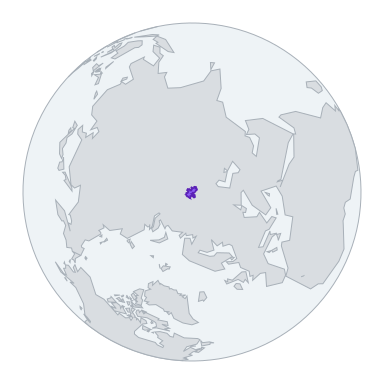 the Earth from above Chelyabinsk, rotated 216°
{"feature_id": "RUS-2379", "entity_name": "Chelyabinsk", "entity_type": "Region", "adm_level": 1, "iso_a3": "RUS", "parent_name": "Russia", "parent_adm1": "", "projection": "orthographic", "projection_center": [60.252, 54.184], "detail": "fine", "context": "on_globe", "style": "filled", "palette": "violet", "viewbox_px": 384, "rotation_deg": 216, "n_neighbors": 0, "source": "natural_earth", "source_scale": "10m", "svg_char_len": 14342}
<svg xmlns="http://www.w3.org/2000/svg" viewBox="0 0 384 384"><g transform="rotate(216 192 192)"><circle cx="192" cy="192" r="169" fill="#eef3f6" stroke="#a8b0b8"/><path d="M195.9,23.1L202.4,23.9L201.7,27.3L197.7,26.4L198.0,27.6L203.0,29.0L206.3,29.6L214.1,37.9L229.8,46.4L237.9,47.5L233.7,48.8L251.1,50.2L261.6,55.2L247.8,50.6L244.8,51.1L251.0,54.8L249.4,56.1L251.4,58.7L248.9,60.1L241.0,57.6L239.2,58.5L243.7,61.2L244.0,64.4L237.7,60.3L237.6,65.6L224.4,63.3L209.5,52.5L200.2,53.5L179.7,49.0L179.7,51.1L171.8,51.1L168.8,53.6L165.9,52.3L166.0,55.5L169.3,56.2L170.4,57.9L168.9,59.5L164.9,58.1L165.1,57.0L163.1,57.5L161.8,56.1L161.6,57.7L156.9,56.0L159.3,60.2L153.7,60.9L151.2,59.1L154.4,56.1L156.6,45.5L155.1,43.3L149.7,42.9L133.3,48.7L130.3,47.9L124.2,49.0L124.4,50.8L129.3,50.6L128.2,54.4L134.3,54.1L134.8,55.7L139.8,56.9L135.9,60.2L129.2,63.0L124.8,62.3L121.8,63.6L123.4,67.4L112.6,69.4L101.2,76.8L98.8,77.2L98.7,71.8L105.3,63.7L105.2,58.0L102.0,65.4L96.0,66.6L93.6,68.5L92.0,70.8L93.0,71.9L90.3,73.2L92.4,66.1L95.0,64.7L94.3,66.9L97.3,63.2L98.7,58.9L95.6,60.2L101.1,53.3L98.9,54.3L98.9,53.5L102.0,52.4L96.5,54.4L102.4,48.8L99.9,50.4L110.7,43.9L122.0,38.2L133.8,33.4L145.8,29.5L158.1,26.5L170.6,24.4L183.2,23.3L195.9,23.1ZM208.0,29.7L203.3,28.9L199.3,27.4L203.4,27.9L208.0,29.7ZM215.3,33.6L212.6,33.3L212.5,31.6L214.1,32.2L215.3,33.6ZM244.0,48.2L240.5,46.5L244.5,47.8L244.0,48.2ZM252.2,58.9L253.7,59.0L254.1,60.4L252.2,58.9ZM141.7,55.0L140.8,55.9L140.3,55.2L141.7,55.0ZM144.8,54.7L144.9,53.3L146.3,52.9L146.2,53.8L144.8,54.7ZM250.6,63.7L250.8,66.0L249.2,63.2L250.6,63.7ZM144.3,56.6L148.9,52.5L151.5,52.0L153.3,55.1L144.3,56.6ZM250.0,67.1L250.6,73.0L254.0,73.7L244.7,75.3L247.3,69.6L244.8,66.0L247.9,67.6L250.0,67.1ZM170.9,55.7L167.4,55.0L171.7,54.1L170.9,55.7ZM173.4,54.8L185.1,50.2L189.6,52.2L184.8,53.2L191.7,54.9L188.1,58.1L183.5,57.9L181.3,55.9L181.7,58.7L173.4,54.8ZM239.4,75.4L238.3,76.6L237.9,74.9L239.4,75.4ZM171.2,58.5L173.2,57.3L177.2,58.9L174.0,61.6L173.7,60.2L171.2,58.5ZM195.2,53.8L197.7,55.6L195.5,58.7L196.1,59.9L188.4,58.3L195.2,53.8ZM172.1,60.7L172.3,63.0L169.1,63.8L169.6,59.8L172.1,60.7ZM179.6,58.2L181.3,59.2L179.3,59.5L179.6,58.2ZM157.7,68.2L159.9,66.5L162.2,67.2L157.7,68.2ZM172.6,63.9L173.7,63.6L174.9,63.7L174.4,65.4L172.6,63.9ZM187.4,60.7L186.0,61.7L190.5,61.5L189.0,63.9L184.1,62.5L185.6,64.2L185.2,64.9L181.7,63.0L187.4,60.7ZM177.3,67.6L170.7,66.9L166.0,69.8L163.8,69.2L171.7,64.7L177.3,67.6ZM180.2,65.0L177.9,66.4L176.4,64.9L177.0,63.0L180.2,65.0ZM189.8,66.2L193.3,62.7L194.2,63.2L189.8,66.2ZM176.3,68.7L177.9,68.8L176.1,69.1L176.3,68.7ZM186.0,67.2L187.1,65.9L188.1,66.4L186.0,67.2ZM180.3,70.3L178.1,70.0L178.4,68.7L180.3,70.3ZM183.1,69.1L184.3,70.2L179.8,68.4L183.4,68.4L183.1,69.1ZM186.8,67.9L187.7,67.8L186.2,68.4L186.8,67.9ZM180.2,75.8L174.5,73.8L175.3,70.7L180.7,73.0L180.2,75.8ZM85.4,323.1L70.6,307.1L71.9,304.7L69.8,299.1L59.9,279.3L61.9,273.8L59.8,268.3L55.1,264.3L52.9,257.5L50.3,254.3L35.5,235.2L32.5,222.3L32.2,194.7L35.9,191.9L39.1,183.3L66.6,179.1L69.6,186.9L88.0,200.9L89.8,204.3L84.6,210.3L95.9,231.2L103.2,228.2L116.6,241.7L127.4,246.3L136.7,233.3L119.0,225.6L118.9,216.8L135.5,216.7L151.5,223.6L152.0,220.4L144.4,210.2L150.7,206.1L142.1,206.2L143.7,210.3L138.3,210.6L136.6,206.9L138.9,205.5L134.8,202.1L125.0,210.1L125.5,215.2L113.3,210.9L113.0,219.1L108.7,220.5L107.7,207.2L109.7,203.7L105.6,186.3L102.3,189.5L106.0,206.3L103.7,203.6L99.2,208.6L100.8,202.8L97.7,184.0L88.3,178.8L71.9,183.9L67.4,179.7L65.7,171.7L76.2,159.4L85.1,170.1L88.9,166.3L91.0,156.2L93.6,160.5L95.5,157.8L99.2,161.5L108.3,159.5L112.7,162.5L120.0,155.1L123.2,155.7L118.0,159.8L116.7,164.5L128.0,172.1L131.3,171.6L135.1,166.3L137.8,169.3L140.0,163.2L148.4,164.9L140.1,157.9L144.3,152.0L151.4,149.6L151.3,146.5L139.8,150.4L136.6,153.2L136.2,157.5L126.1,164.5L121.4,163.5L126.4,151.7L120.2,149.0L126.8,141.4L153.7,134.8L163.1,135.8L170.7,150.3L166.4,153.4L161.5,149.6L162.6,158.7L164.2,155.3L166.4,157.9L171.0,153.3L172.8,155.0L174.2,147.9L176.9,149.4L175.9,153.9L185.1,148.9L191.7,150.9L192.9,149.0L192.3,146.4L201.1,150.9L201.6,149.3L198.9,147.2L198.2,142.8L200.3,136.8L203.2,138.7L202.8,141.1L206.4,149.1L205.0,155.5L206.4,155.7L208.3,150.6L204.0,140.8L204.4,136.7L207.1,141.0L206.2,139.1L207.3,137.7L211.2,138.1L208.5,133.3L217.1,116.4L225.4,115.9L226.8,121.3L235.9,112.5L244.6,113.3L242.1,111.3L244.8,106.1L242.1,105.7L241.1,104.4L246.7,91.8L250.3,90.5L249.9,83.4L248.7,82.4L246.0,82.9L244.7,75.3L254.0,73.7L256.5,75.9L260.7,73.6L265.6,79.1L271.6,82.9L274.5,90.7L279.1,93.2L280.2,92.1L287.2,94.9L297.6,105.3L284.1,101.9L267.5,88.7L273.9,94.4L270.9,94.7L272.3,97.8L276.9,101.8L278.4,101.3L278.1,117.1L286.2,131.9L289.3,126.2L294.2,126.8L306.2,140.2L311.8,169.4L318.5,171.7L320.9,175.6L319.6,181.7L316.0,176.1L312.0,177.5L310.1,173.6L306.8,181.9L304.0,176.8L302.8,186.1L306.6,188.5L310.5,182.8L310.6,193.5L318.5,195.4L322.7,203.0L320.6,225.0L313.4,237.0L313.7,239.9L309.1,240.1L305.7,248.8L316.2,256.3L316.8,260.1L309.9,273.2L309.3,270.7L297.3,271.4L296.9,281.3L306.1,282.7L309.3,288.3L303.0,290.3L299.5,285.4L295.3,285.4L295.1,277.5L289.1,268.0L282.7,273.9L281.9,268.9L272.6,261.8L262.7,269.6L247.8,288.7L247.8,301.2L241.7,307.9L229.3,292.9L225.7,280.6L220.0,282.7L208.3,272.6L184.4,272.3L182.1,268.6L177.4,270.0L169.3,265.5L166.3,259.0L160.9,258.6L169.3,275.5L175.2,275.9L181.7,270.5L182.8,276.1L190.8,281.2L178.0,293.1L144.4,298.4L143.1,288.5L127.5,254.5L129.1,251.5L129.1,251.1L129.0,250.3L125.6,254.9L123.6,247.9L129.8,271.6L130.0,280.2L143.9,298.8L142.2,299.8L147.2,303.8L165.7,303.7L165.4,306.7L155.5,318.1L131.5,327.5L135.8,337.1L136.0,343.0L123.6,341.9L127.3,345.9L121.3,344.2L122.6,345.6L119.3,344.5L117.9,343.8L106.5,337.8L95.7,330.8L85.4,323.1ZM53.9,187.5L52.4,189.7L52.4,189.8L53.9,187.5ZM166.3,238.3L177.2,240.7L175.7,230.0L179.7,230.2L177.7,226.6L175.5,229.3L171.2,219.6L177.1,217.5L177.5,212.8L173.9,211.8L163.8,217.4L169.9,231.1L166.0,234.7L166.3,238.3ZM95.8,67.0L95.6,67.6L93.6,70.0L93.7,68.9L95.8,67.0ZM89.8,81.0L85.5,82.9L88.6,80.6L87.9,79.3L93.6,73.2L97.8,77.0L94.9,76.3L89.8,81.0ZM102.3,66.5L98.3,69.7L102.6,66.0L102.3,66.5ZM102.6,140.4L102.5,143.9L99.2,145.9L93.7,142.9L98.4,139.8L102.6,140.4ZM103.3,148.4L109.8,138.0L113.5,139.7L110.3,140.4L112.1,142.6L107.5,144.4L104.7,156.6L101.6,159.2L93.1,151.7L97.6,152.6L97.3,149.1L103.3,148.4ZM119.7,111.0L122.5,107.3L126.9,115.7L123.7,118.3L118.0,115.3L118.4,110.5L119.7,111.0ZM146.5,63.2L147.4,61.8L148.5,62.1L148.7,63.6L146.5,63.2ZM158.5,67.3L144.2,70.1L144.4,68.5L135.8,72.5L132.9,69.9L138.6,67.3L130.0,68.5L133.9,65.2L128.0,66.5L141.0,61.1L144.2,58.4L141.7,62.4L144.2,64.8L146.3,65.0L154.5,63.8L162.8,59.5L166.6,61.5L167.1,64.0L165.7,65.3L163.7,63.6L163.3,66.6L159.3,65.1L158.5,67.3ZM170.9,96.6L169.1,93.3L167.6,100.5L163.6,98.5L163.7,99.5L159.5,99.7L154.7,101.7L153.3,100.3L152.0,101.7L149.3,102.0L147.0,103.5L143.7,101.5L140.7,103.3L140.9,101.4L136.6,105.0L138.3,101.5L134.9,101.7L135.0,105.0L122.9,92.1L116.5,89.9L110.1,90.2L114.0,84.5L122.4,80.7L132.3,79.1L137.9,82.2L138.6,79.2L141.5,79.9L139.8,81.9L144.2,79.2L146.2,80.4L155.0,79.7L160.3,75.4L163.6,75.2L162.5,77.5L166.6,75.7L166.8,80.0L169.2,80.0L171.8,84.4L168.3,89.1L171.3,88.8L173.4,92.3L170.9,96.6ZM180.8,77.1L177.5,82.8L173.6,84.6L170.7,76.2L168.5,75.6L166.5,70.6L172.1,68.2L172.1,69.8L173.5,70.8L171.2,71.2L174.1,71.7L174.2,74.0L176.5,75.1L174.8,76.6L180.8,77.1ZM93.7,203.5L95.5,205.3L98.6,207.3L95.9,210.6L93.7,203.5ZM91.3,190.8L93.2,191.7L90.8,197.0L89.0,195.2L91.3,190.8ZM96.2,187.8L93.4,191.3L93.9,188.4L96.2,187.8ZM119.9,160.4L122.1,161.2L121.6,162.6L119.4,163.9L119.9,160.4ZM165.6,118.6L165.2,116.1L166.4,115.8L168.8,110.6L172.0,111.9L171.8,115.4L165.6,118.6ZM132.5,234.7L128.3,236.2L127.1,234.1L128.8,234.0L132.5,234.7ZM110.3,223.7L114.4,228.2L109.5,224.5L110.3,223.7ZM169.5,119.0L170.2,116.7L171.3,118.8L169.5,119.0ZM174.4,112.5L176.2,114.5L172.7,111.4L174.4,112.5ZM164.3,348.2L157.1,354.7L149.2,353.0L146.2,350.6L147.8,346.2L156.5,346.3L160.3,344.1L164.3,348.2ZM334.4,278.6L336.9,275.5L336.7,276.0L334.4,278.6ZM331.9,280.7L335.0,277.0L331.1,282.2L331.9,280.7ZM336.1,275.5L339.2,270.7L340.6,268.2L340.2,269.4L336.1,275.5ZM329.7,283.3L316.5,296.2L310.9,299.8L312.5,297.2L321.6,289.7L329.7,283.3ZM312.0,297.5L303.0,299.9L288.6,294.2L293.8,291.6L308.5,291.1L307.6,293.1L313.1,292.6L312.0,297.5ZM332.5,270.5L331.6,275.6L324.6,282.5L321.2,285.1L318.9,281.7L320.2,277.6L323.1,275.1L332.5,254.4L336.1,253.1L333.6,260.8L336.4,261.5L332.5,270.5ZM248.7,302.1L253.2,307.6L249.7,309.7L248.7,302.1ZM335.0,242.4L332.1,251.6L334.4,241.2L335.0,242.4ZM335.6,233.8L336.4,236.0L334.4,235.5L335.6,233.8ZM314.8,243.6L311.8,246.9L311.2,245.1L314.5,239.9L314.8,243.6ZM325.9,209.3L328.1,215.1L328.4,217.6L325.9,215.6L325.9,209.3ZM197.5,128.3L190.6,133.8L187.7,139.1L189.4,143.9L184.0,139.8L188.5,131.6L197.5,128.3ZM214.3,117.5L212.8,113.7L215.4,114.0L216.1,114.9L214.3,117.5ZM212.1,116.2L206.6,114.2L207.0,111.2L211.2,113.3L212.1,116.2ZM187.9,116.3L185.6,117.8L184.7,116.1L187.9,116.3ZM317.0,305.7L317.5,305.1L328.3,291.8L317.0,305.7ZM331.4,287.5L341.0,271.5L344.0,265.8L338.1,276.9L331.4,287.5ZM346.6,260.2L349.8,252.4L351.0,249.2L346.6,260.2ZM340.4,270.4L344.3,262.3L346.0,259.2L340.4,270.4ZM355.4,234.8L355.1,236.1L356.2,231.9L356.3,230.4L352.9,239.7L352.3,239.7L353.8,234.8L351.0,239.9L354.2,231.7L355.1,232.7L356.7,225.3L358.6,218.5L359.8,212.2L355.4,234.8ZM353.4,240.4L353.8,239.2L353.2,241.5L353.4,240.4ZM347.0,251.4L346.8,252.8L345.8,253.7L347.0,251.4ZM348.3,248.4L351.0,244.1L348.0,249.9L348.3,248.4ZM338.2,260.2L339.3,261.5L342.7,255.1L340.1,261.1L341.9,262.2L341.0,264.9L339.2,263.5L337.9,269.3L336.4,271.3L335.9,268.3L337.7,261.1L339.2,256.9L345.1,247.5L338.2,260.2ZM348.5,245.2L347.7,243.5L348.2,240.2L349.1,240.4L348.5,245.2ZM344.6,239.7L341.6,239.4L339.6,244.1L343.1,232.0L345.5,234.3L344.6,239.7ZM341.1,234.0L339.2,238.5L340.7,232.0L341.1,234.0ZM338.4,237.9L337.5,235.3L339.3,233.4L338.4,237.9ZM342.2,232.6L341.4,227.1L342.9,228.8L342.2,232.6ZM335.0,229.8L340.0,229.5L334.6,234.1L331.4,224.7L333.5,221.7L335.0,229.8ZM327.8,172.7L325.6,170.4L326.7,167.0L327.9,169.6L327.8,172.7ZM328.1,154.5L326.2,165.4L324.4,174.4L326.3,173.9L328.4,180.4L324.0,178.5L323.2,168.5L325.1,162.6L322.7,157.6L322.4,151.1L318.3,146.4L317.3,142.5L321.6,145.0L328.1,154.5ZM316.4,144.7L309.1,135.2L312.3,131.3L314.6,132.4L316.6,138.4L314.8,140.1L316.4,144.7ZM308.3,131.9L306.4,133.5L291.8,124.9L289.6,122.2L302.4,126.2L301.3,128.0L304.3,131.0L308.3,131.9ZM240.1,77.3L238.5,76.7L240.2,76.3L240.1,77.3ZM239.6,104.3L238.5,102.5L240.5,101.9L239.6,104.3ZM236.6,97.1L235.1,98.9L235.5,96.2L236.6,97.1ZM232.0,103.4L234.0,99.3L233.8,104.4L232.0,103.4Z" fill="#d9dde1" stroke="#a8b0b8" stroke-width="1"/><path d="M197.3,191.9L197.1,191.9L196.9,192.0L197.0,192.1L196.9,192.2L196.7,192.2L196.4,192.2L196.1,192.3L196.0,192.6L196.0,192.8L195.7,192.7L195.8,192.5L195.8,192.4L195.7,192.4L195.0,192.5L194.8,192.7L194.7,192.7L194.4,192.5L194.1,192.5L194.0,192.4L193.9,192.3L193.7,192.5L193.7,192.8L193.6,192.7L193.4,192.7L193.3,192.8L193.5,193.0L193.5,193.3L193.4,193.4L193.4,193.6L193.1,193.5L193.5,193.7L193.6,193.8L193.8,193.9L194.2,193.7L194.2,193.8L194.3,194.0L194.0,194.2L193.9,194.2L193.7,194.0L193.6,194.4L193.6,194.5L194.0,194.7L194.2,194.9L194.5,194.8L194.7,195.0L195.2,195.1L195.3,195.3L195.3,195.5L195.2,195.6L194.8,195.5L194.5,195.5L194.4,195.6L194.1,195.4L193.9,195.5L193.7,195.4L193.6,195.5L193.3,195.6L193.1,196.0L192.8,196.3L192.8,196.5L193.0,196.6L193.0,196.9L193.2,197.0L193.3,197.2L193.4,197.4L193.2,197.7L193.0,197.8L192.9,197.9L192.8,198.0L192.5,198.0L192.3,198.1L192.2,198.2L191.9,198.5L191.6,198.5L191.5,198.3L191.4,198.2L191.5,197.9L191.8,197.6L191.8,197.4L191.8,197.2L191.4,197.2L191.2,197.0L190.9,197.2L191.0,197.1L190.8,197.1L190.7,197.2L190.2,197.0L190.1,197.5L189.9,197.4L189.7,197.3L189.7,197.2L189.4,197.1L189.3,196.9L189.5,196.8L189.4,196.7L189.3,196.4L189.4,196.1L189.3,195.9L189.4,195.7L189.5,195.6L189.8,195.4L189.6,195.3L189.6,194.9L189.5,194.6L189.6,194.0L189.6,193.9L189.5,193.7L189.6,193.3L189.7,193.1L189.7,192.9L189.7,192.7L189.8,192.6L190.1,192.6L190.3,192.1L190.5,192.0L190.8,192.0L191.0,192.1L191.2,191.8L191.2,191.7L191.1,191.4L191.1,191.2L191.1,190.9L191.3,190.7L191.4,190.4L191.5,190.2L191.4,190.1L191.5,190.0L191.4,190.0L191.2,190.0L190.9,189.9L190.9,190.0L190.7,190.2L190.6,190.3L190.4,190.5L190.0,190.7L189.9,190.7L189.5,190.8L189.4,190.9L189.4,191.0L189.2,191.1L188.8,190.9L188.5,191.0L188.3,191.1L188.1,191.3L187.9,191.2L187.7,191.0L187.7,190.8L187.4,190.6L187.3,190.4L187.1,190.3L187.1,190.2L186.9,190.1L186.7,189.9L186.9,189.6L186.8,189.3L186.7,189.2L186.8,189.1L186.9,188.8L187.0,188.7L187.3,188.5L187.7,188.6L188.1,188.7L188.3,188.7L188.3,188.8L188.5,188.9L188.4,189.0L188.2,189.0L188.3,189.3L188.2,189.4L188.2,189.5L188.2,189.8L188.4,189.7L188.5,189.3L188.4,189.3L188.4,189.2L188.7,189.0L188.8,189.1L188.8,189.3L188.9,189.5L189.1,189.5L189.6,189.5L189.6,189.4L189.5,189.2L189.2,189.2L189.3,189.0L189.5,189.1L189.6,188.9L189.4,188.9L189.5,188.8L189.8,188.8L189.6,188.7L189.8,188.6L189.8,188.8L190.2,188.6L190.2,188.4L190.4,188.2L190.5,188.2L190.9,188.1L191.0,187.9L190.7,187.9L190.6,187.7L190.4,187.9L190.5,187.7L190.4,187.5L190.4,187.3L190.2,187.3L190.2,187.2L190.3,187.1L190.2,187.0L190.3,186.9L190.2,186.6L190.4,186.5L190.4,186.4L190.4,186.2L190.2,186.3L190.2,186.2L189.9,186.0L190.2,186.0L190.2,185.9L190.1,185.7L190.3,185.6L190.5,185.7L191.1,185.7L191.0,185.8L191.2,186.0L191.5,185.9L191.9,186.0L192.0,186.0L192.1,185.9L192.4,185.9L192.5,186.0L192.8,185.9L192.9,186.0L193.1,186.1L193.3,186.1L193.5,186.0L193.5,185.9L193.4,185.7L193.5,185.5L193.8,185.6L194.0,185.7L194.3,185.7L194.4,185.8L194.5,185.9L194.6,186.0L194.9,186.2L195.1,186.2L195.0,186.3L195.2,186.5L195.2,186.8L195.3,186.8L195.4,186.7L195.5,186.8L195.3,186.9L195.3,187.1L195.6,187.1L195.8,187.4L195.8,187.6L195.8,187.8L195.7,187.9L195.8,187.9L195.9,188.0L195.7,188.1L195.7,188.3L195.4,188.4L195.3,188.2L195.2,188.4L195.3,188.4L195.3,188.5L195.0,188.6L195.0,188.8L195.3,188.9L195.3,189.0L195.4,189.3L195.3,189.6L195.2,189.6L195.1,189.4L194.9,189.5L194.9,189.8L195.0,189.8L195.1,190.0L195.0,190.3L195.2,190.6L195.3,190.5L195.6,190.5L195.7,190.3L195.8,190.4L196.0,190.4L195.9,190.5L196.0,190.6L196.4,190.5L196.5,190.4L197.0,190.4L197.1,190.6L197.2,190.9L197.1,191.0L196.9,191.0L197.0,191.2L196.9,191.3L196.9,191.5L197.1,191.5L197.3,191.7L197.3,191.9Z" fill="#8b5cf6" stroke="#5b21b6" stroke-width="1.5"/></g></svg>